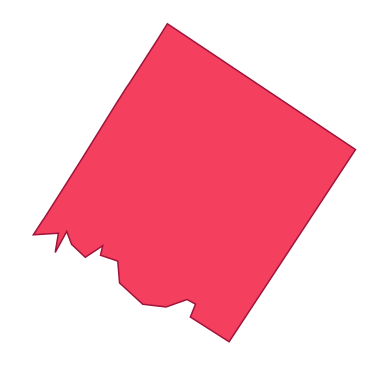 outline of Schuyler, Missouri, United States of America, rotated 304°
{"feature_id": "52423323B20022887638362", "entity_name": "Schuyler", "entity_type": "district", "adm_level": 2, "iso_a3": "USA", "parent_name": "United States of America", "parent_adm1": "Missouri", "projection": "equal_earth", "projection_center": [-92.615, 40.47], "detail": "fine", "context": "isolated", "style": "filled", "palette": "rose", "viewbox_px": 384, "rotation_deg": 304, "n_neighbors": 0, "source": "geoboundaries", "source_scale": "gbopen_adm2", "svg_char_len": 500}
<svg xmlns="http://www.w3.org/2000/svg" viewBox="0 0 384 384"><g transform="rotate(304 192 192)"><path d="M67.8,84.4L83.1,104.3L65.4,112.4L89.2,110.2L81.3,121.4L78.2,140.0L97.5,148.0L88.4,151.5L93.2,169.1L76.1,182.8L71.4,214.0L82.2,234.8L100.1,248.0L101.0,257.6L87.4,260.6L88.6,306.5L318.6,303.8L317.7,77.5L297.9,78.2L247.0,79.3L241.6,79.2L227.8,79.6L227.3,79.6L225.8,79.6L160.1,82.1L120.5,83.3L119.6,83.3L87.0,84.2L84.8,84.1L67.8,84.4Z" fill="#f43f5e" stroke="#9f1239" stroke-width="1.5"/></g></svg>